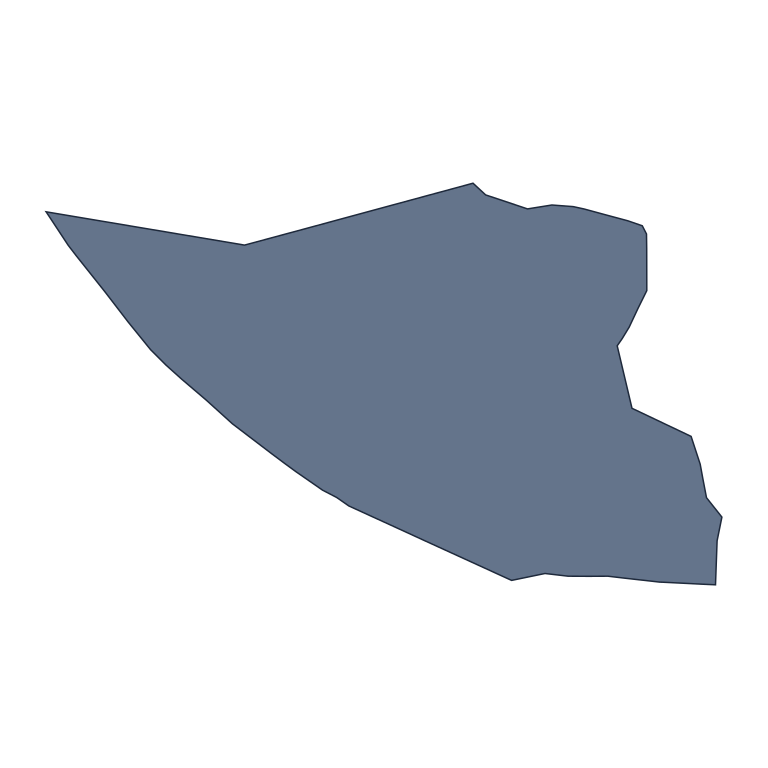 outline of Dordieb, Red Sea, Sudan
{"feature_id": "16777658B19100050508345", "entity_name": "Dordieb", "entity_type": "district", "adm_level": 2, "iso_a3": "SDN", "parent_name": "Sudan", "parent_adm1": "Red Sea", "projection": "orthographic", "projection_center": [35.963, 17.512], "detail": "fine", "context": "isolated", "style": "filled", "palette": "slate", "viewbox_px": 768, "rotation_deg": 0, "n_neighbors": 0, "source": "geoboundaries", "source_scale": "gbopen_adm2", "svg_char_len": 859}
<svg xmlns="http://www.w3.org/2000/svg" viewBox="0 0 768 768"><path d="M348.9,506.0L397.9,528.4L424.9,540.8L511.6,580.4L545.0,573.5L568.2,576.2L588.9,576.3L607.9,576.2L624.9,578.2L640.0,579.9L643.8,580.3L659.6,582.1L662.5,582.2L664.5,582.3L688.5,583.5L702.3,584.2L715.5,584.8L717.1,540.8L721.9,517.1L706.5,497.7L702.8,478.4L700.2,464.2L691.1,436.4L632.0,408.3L617.2,345.8L622.2,338.6L629.2,327.1L638.0,308.4L646.8,290.6L646.7,248.5L646.5,234.0L642.3,225.8L627.9,220.8L605.9,214.9L584.2,209.0L573.2,206.6L551.9,205.0L527.5,208.9L485.6,194.9L473.0,183.2L346.2,217.6L306.8,228.3L244.5,245.1L46.1,211.8L47.7,214.2L51.2,219.5L68.2,245.3L76.2,255.7L104.7,291.5L128.3,322.2L150.6,349.7L166.0,365.1L181.7,379.2L206.1,400.0L232.4,423.8L271.5,453.6L284.6,463.4L295.8,471.6L322.6,490.2L336.7,497.5L348.9,506.0Z" fill="#64748b" stroke="#1e293b" stroke-width="1.5"/></svg>